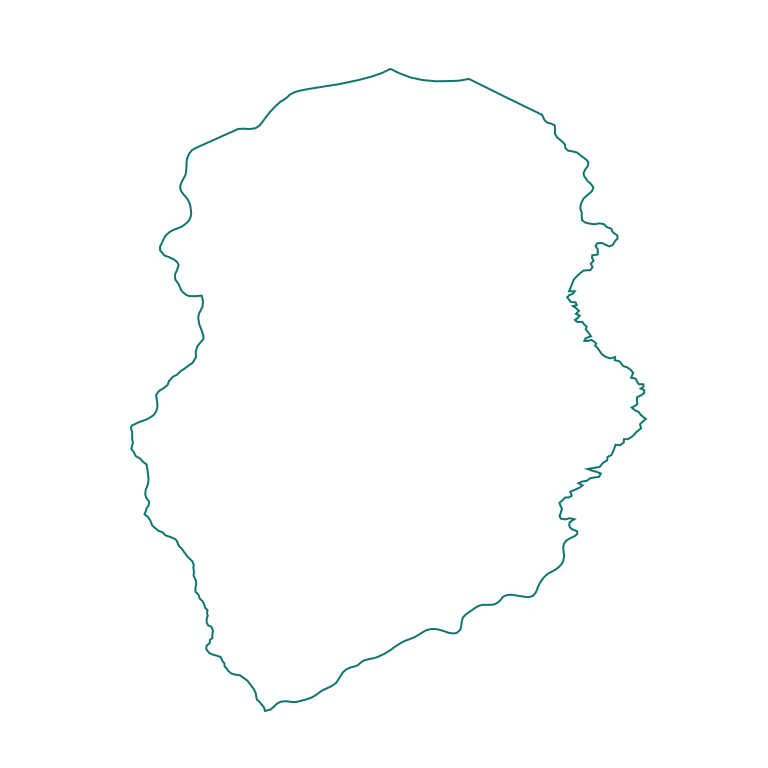 Itanhangá, Mato Grosso, Brazil (Equal Earth projection), rotated 264°
{"feature_id": "56859067B93229831473310", "entity_name": "Itanhangá", "entity_type": "district", "adm_level": 2, "iso_a3": "BRA", "parent_name": "Brazil", "parent_adm1": "Mato Grosso", "projection": "equal_earth", "projection_center": [-56.8, -12.144], "detail": "fine", "context": "isolated", "style": "outline", "palette": "teal", "viewbox_px": 768, "rotation_deg": 264, "n_neighbors": 0, "source": "geoboundaries", "source_scale": "gbopen_adm2", "svg_char_len": 5934}
<svg xmlns="http://www.w3.org/2000/svg" viewBox="0 0 768 768"><g transform="rotate(264 384 384)"><path d="M696.7,423.3L693.5,414.4L690.9,403.1L689.0,390.7L687.0,371.3L685.6,345.2L685.0,335.8L684.3,329.2L683.4,325.0L681.7,320.9L679.7,318.2L677.4,314.7L675.7,310.7L671.3,304.7L666.3,298.9L661.8,294.5L656.8,290.0L654.0,287.2L651.8,282.8L651.6,276.8L652.6,271.0L652.9,265.6L651.1,260.5L648.5,252.2L646.8,247.0L638.3,221.2L636.5,217.3L633.4,214.3L629.1,211.8L625.3,210.8L622.2,210.5L619.3,210.0L616.2,209.4L613.3,208.7L610.5,207.0L608.1,205.2L605.7,203.8L602.5,202.1L599.7,201.8L597.0,202.4L593.6,204.4L591.0,206.2L588.8,207.7L586.1,208.9L583.7,209.6L581.1,210.0L577.8,210.1L573.7,210.1L570.5,209.2L568.2,207.9L566.0,206.1L563.5,202.7L561.6,199.1L560.5,195.4L559.4,191.0L558.1,187.7L556.2,184.7L554.1,182.0L551.8,180.4L548.6,178.5L543.8,175.6L540.3,175.3L534.7,179.2L532.6,183.5L529.9,188.0L527.1,190.8L524.2,192.2L521.7,191.3L519.2,190.2L514.7,187.6L509.8,187.3L504.6,190.3L499.6,191.7L496.8,193.1L493.5,196.4L491.9,199.2L491.1,204.7L490.9,212.0L485.2,212.6L479.9,211.6L473.5,207.5L469.9,206.2L466.0,206.3L462.2,206.6L456.5,208.2L451.0,209.4L447.6,209.1L444.6,205.9L440.9,202.3L435.8,200.1L430.4,199.8L428.2,198.2L425.1,195.9L422.8,191.7L419.9,186.8L417.9,182.8L414.9,179.4L413.3,174.8L409.4,170.5L405.7,168.7L403.3,165.1L400.4,159.3L396.6,156.1L389.4,156.6L384.1,156.1L380.6,154.5L377.2,151.7L375.0,147.7L373.3,143.3L371.7,136.3L369.0,128.9L366.8,127.7L362.4,128.5L355.8,127.8L352.0,128.2L349.5,127.3L345.9,125.9L342.5,128.0L338.4,129.4L335.4,133.6L331.9,136.1L328.8,139.4L323.6,139.8L318.5,139.8L315.0,140.0L310.7,139.2L307.1,137.8L303.5,135.9L299.2,135.0L295.7,135.7L291.4,138.2L287.7,137.1L285.1,134.7L282.4,133.8L279.4,132.2L276.7,135.2L273.0,137.2L267.4,138.7L264.9,141.1L261.8,144.1L259.5,148.4L256.2,151.0L254.4,155.2L251.7,160.1L249.5,161.6L246.3,162.4L243.7,163.6L241.2,165.9L238.6,167.1L232.2,171.0L227.7,174.8L223.9,175.9L221.2,175.2L217.4,175.4L213.2,174.6L209.8,175.9L207.3,176.4L204.6,176.4L201.2,175.2L197.1,174.8L193.5,177.6L190.0,178.2L187.1,180.8L183.3,182.1L179.8,182.9L177.7,184.8L174.5,184.0L172.1,184.5L168.2,182.9L164.8,182.8L162.2,184.0L160.7,186.9L156.7,188.2L152.0,186.9L149.2,186.8L147.7,184.1L144.7,183.7L142.1,180.1L138.7,179.6L134.7,182.1L132.9,185.2L131.6,188.5L129.6,193.0L125.8,194.2L122.5,196.2L119.8,195.9L117.7,197.7L114.9,199.1L112.0,202.1L110.3,206.2L109.4,210.3L106.8,213.1L103.3,217.1L98.8,219.8L94.3,222.6L90.1,224.1L86.2,224.3L83.2,224.7L80.8,227.1L78.5,228.4L75.1,230.8L71.3,231.4L72.1,237.1L74.6,240.8L76.8,243.4L78.7,247.5L78.9,252.9L77.7,257.7L76.9,262.6L77.3,266.6L78.1,271.5L78.6,274.7L79.8,279.4L82.2,284.5L84.4,288.1L86.2,291.7L87.8,296.8L89.2,300.7L91.7,305.1L95.7,308.4L97.9,310.1L101.4,312.8L104.2,316.8L105.6,321.2L106.1,324.6L106.8,327.8L108.5,330.6L110.2,333.1L111.4,335.9L111.9,339.9L112.4,345.4L113.3,349.6L114.6,353.1L115.8,356.5L117.3,359.6L118.8,362.9L120.8,366.0L122.8,369.9L124.9,374.2L126.4,378.0L127.3,381.9L129.0,387.9L131.2,392.7L133.0,396.4L134.6,399.8L135.4,404.9L134.9,409.6L133.9,413.1L132.0,417.7L130.0,421.8L128.6,426.6L128.9,430.5L131.7,434.2L135.5,435.6L139.3,436.4L143.4,438.0L145.7,440.5L147.9,444.2L151.5,450.7L153.3,454.4L154.1,458.5L153.6,463.4L153.2,467.7L153.3,471.0L154.7,474.2L156.7,477.0L159.7,479.8L161.1,483.4L161.2,487.1L160.7,490.4L158.6,498.0L156.9,504.9L157.6,509.8L160.5,512.9L163.1,514.5L166.1,515.9L168.7,517.5L171.6,519.7L174.2,522.0L176.5,524.7L178.2,527.1L179.8,531.1L181.4,535.0L183.5,538.5L186.5,542.0L189.5,543.8L194.6,545.3L199.5,545.0L203.5,545.3L206.5,546.4L209.2,548.9L211.0,552.7L212.6,557.3L214.5,560.4L217.4,560.8L219.8,556.0L222.0,553.9L224.5,553.4L227.2,554.3L229.7,559.2L231.1,554.6L230.4,550.1L231.6,545.9L234.3,544.8L237.5,546.4L241.5,548.0L244.1,546.9L247.5,546.1L250.1,549.9L252.1,552.2L251.9,556.2L253.3,559.0L257.4,557.9L259.2,564.0L260.9,568.5L262.5,570.9L265.0,567.1L266.3,570.8L266.5,575.5L268.8,579.4L269.1,584.9L269.3,588.3L272.3,590.3L274.5,586.0L276.0,582.0L278.2,577.6L278.5,582.3L279.0,589.9L282.6,593.5L284.7,597.9L288.1,598.7L289.5,602.6L293.2,605.0L296.3,606.5L299.4,607.9L298.5,612.3L300.8,616.4L304.0,616.8L303.7,620.9L305.1,624.1L307.1,627.0L309.8,629.9L313.1,635.1L317.2,634.4L319.6,637.4L321.9,640.8L326.3,636.2L329.6,634.3L331.6,630.9L334.7,627.9L336.0,631.3L337.6,633.9L340.9,633.7L344.5,634.3L346.0,638.8L347.8,641.8L350.7,642.1L352.6,638.8L354.3,641.9L356.7,641.8L357.1,637.5L359.5,636.0L363.0,634.9L364.4,630.4L369.0,633.0L372.5,630.6L375.3,627.4L376.8,623.7L379.8,622.0L382.0,620.3L383.6,616.0L386.7,616.6L385.8,612.1L387.0,608.8L389.3,605.3L391.8,603.2L394.9,601.6L397.9,599.9L399.9,597.9L402.0,599.3L404.5,597.2L406.2,594.6L405.5,591.1L405.9,587.8L408.5,589.5L409.8,594.8L413.3,592.9L417.2,590.3L419.8,591.6L422.0,589.5L425.1,587.7L425.5,582.7L427.7,580.6L429.5,583.8L431.6,585.8L433.6,582.2L436.4,585.5L439.5,582.8L441.7,580.1L442.3,584.0L445.2,583.0L446.0,578.5L448.7,576.7L451.1,575.3L453.0,577.6L454.0,581.4L456.3,583.4L456.9,577.8L462.5,580.8L468.1,583.7L471.2,587.3L473.3,590.1L476.0,594.3L475.7,601.1L478.3,603.6L482.1,602.3L484.7,605.3L487.4,604.1L490.2,604.5L490.4,610.0L493.4,610.4L495.9,610.6L498.9,608.8L501.6,610.6L501.5,615.3L499.8,618.1L497.3,622.4L498.2,625.8L502.1,628.8L504.4,631.6L507.6,631.3L509.7,628.8L511.8,627.0L514.6,626.3L516.9,621.8L520.0,619.3L521.2,615.3L520.9,609.7L522.1,605.0L523.5,601.1L526.2,598.1L529.5,598.1L533.9,598.6L537.6,597.6L540.7,598.1L543.3,599.1L547.6,601.9L551.2,606.9L554.0,611.0L557.6,612.8L562.0,610.2L564.3,607.9L570.0,604.7L573.1,604.5L576.0,606.4L579.9,609.7L583.3,610.4L585.7,608.8L588.1,606.4L590.5,603.7L593.9,600.4L595.6,596.0L596.8,591.5L599.8,589.0L603.1,589.0L605.7,587.3L611.0,582.0L615.1,580.1L619.4,580.8L623.5,580.8L625.4,577.6L627.2,573.2L630.0,571.1L635.1,569.4L657.6,533.4L678.5,500.4L677.8,490.0L678.6,479.1L679.6,467.5L682.3,454.0L686.2,442.2L691.7,431.3L696.7,423.3Z" fill="none" stroke="#0f766e" stroke-width="2"/></g></svg>